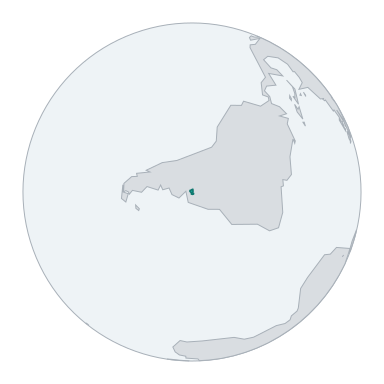 Paysandú on an orthographic globe, rotated 70°
{"feature_id": "URY-8", "entity_name": "Paysandú", "entity_type": "Department", "adm_level": 1, "iso_a3": "URY", "parent_name": "Uruguay", "parent_adm1": "", "projection": "orthographic", "projection_center": [-57.298, -32.042], "detail": "fine", "context": "on_globe", "style": "filled", "palette": "teal", "viewbox_px": 384, "rotation_deg": 70, "n_neighbors": 0, "source": "natural_earth", "source_scale": "10m", "svg_char_len": 3969}
<svg xmlns="http://www.w3.org/2000/svg" viewBox="0 0 384 384"><g transform="rotate(70 192 192)"><circle cx="192" cy="192" r="169" fill="#eef3f6" stroke="#a8b0b8"/><path d="M150.6,28.2L151.2,28.0L149.6,28.6L151.3,28.5L154.7,27.5L154.6,27.3L160.9,25.9L183.4,23.3L184.7,23.3L194.7,23.6L194.9,23.9L186.8,24.6L174.9,25.3L164.4,28.0L177.1,25.5L177.4,27.0L179.9,27.2L183.3,26.9L185.5,26.2L186.9,26.8L174.8,29.0L173.4,28.5L177.3,27.6L171.6,28.2L163.5,30.5L164.3,31.5L151.2,35.2L151.6,36.1L149.0,37.7L149.2,35.9L148.5,39.5L133.3,47.4L132.1,56.4L126.9,51.0L121.1,52.0L113.9,54.5L113.6,55.9L104.6,58.5L95.4,65.2L90.4,74.4L92.2,79.5L102.3,75.4L106.1,70.5L114.0,67.0L106.8,79.4L120.3,76.6L118.0,85.7L121.7,89.3L128.9,86.3L136.1,87.0L141.8,80.6L150.8,76.4L150.5,83.7L155.8,76.3L160.6,79.2L178.7,77.6L177.2,79.3L192.4,87.9L209.6,92.6L213.5,98.8L211.4,102.4L217.5,104.0L217.6,106.5L242.2,113.7L255.2,122.9L255.0,132.4L244.6,141.6L236.1,165.7L217.7,172.1L213.7,182.9L200.5,199.1L189.2,197.5L193.2,206.3L187.6,211.7L180.4,212.2L179.9,218.7L174.7,219.1L178.6,223.2L171.5,232.4L175.0,239.5L170.1,247.4L172.6,251.6L170.2,251.7L168.1,253.7L168.4,256.2L160.6,253.0L156.9,243.4L158.6,238.1L155.5,237.7L158.8,224.7L155.9,227.6L154.2,209.9L157.2,195.4L156.6,158.2L152.5,151.8L139.6,146.1L123.8,125.9L127.5,115.9L124.3,112.5L134.8,98.2L132.4,88.4L128.8,87.8L124.9,92.5L112.9,89.6L109.3,83.7L76.2,88.1L73.6,87.0L74.9,82.0L70.9,75.6L69.4,85.0L66.5,85.2L65.5,83.0L67.7,80.5L69.3,76.3L67.7,77.5L68.3,76.9L76.9,68.3L86.0,60.4L95.7,53.1L105.9,46.6L116.6,40.8L127.6,35.8L139.0,31.6L150.6,28.2ZM130.5,60.1L146.0,61.9L136.5,64.4L138.4,63.0L134.6,61.7L127.3,61.6L119.2,64.9L130.5,60.1ZM139.0,52.8L136.3,53.1L139.1,52.4L139.0,52.8ZM174.0,260.5L161.5,254.5L168.3,256.9L171.8,252.5L178.8,257.6L174.0,260.5ZM184.9,249.4L189.7,247.2L191.2,248.4L188.2,250.3L184.9,249.4ZM301.3,63.1L303.2,65.4L299.7,63.2L293.1,58.5L283.7,50.3L289.7,54.2L301.3,63.1ZM355.7,233.6L353.0,242.8L350.9,243.5L346.0,254.5L344.2,254.0L340.8,259.6L336.5,262.5L331.1,263.0L327.5,254.0L331.2,248.1L335.5,233.2L343.0,202.2L348.2,193.2L349.5,183.8L346.4,158.5L347.4,149.5L345.6,143.5L342.4,141.0L339.8,134.0L337.4,131.8L319.8,122.9L311.8,112.6L296.3,88.9L297.7,83.3L293.5,75.2L299.1,62.9L305.3,67.6L312.0,73.0L320.4,82.2L328.1,91.9L335.1,102.2L341.3,112.9L346.7,124.1L351.3,135.7L355.0,147.6L357.8,159.7L359.8,172.0L360.8,184.3L360.9,196.8L360.1,209.2L358.4,221.5L355.7,233.6ZM303.1,71.0L304.3,73.0L303.1,71.0ZM179.3,77.5L181.4,78.8L178.5,78.9L179.3,77.5ZM134.8,67.2L138.2,66.7L139.9,67.3L137.2,68.2L134.8,67.2ZM164.7,62.7L168.9,62.9L164.4,63.9L164.7,62.7ZM148.5,62.2L161.4,62.9L152.8,65.8L144.7,65.6L150.5,64.1L148.5,62.2ZM136.7,56.4L138.7,56.3L137.9,57.5L136.7,56.4ZM141.1,52.4L140.2,52.7L139.3,52.1L141.1,52.4ZM178.1,26.9L179.1,26.8L182.4,26.6L180.6,27.0L178.1,26.9ZM198.9,25.4L200.6,26.5L198.1,25.8L195.8,26.2L187.8,25.7L194.6,24.1L193.0,24.7L198.9,25.4ZM179.0,25.1L183.3,25.2L178.3,25.2L179.0,25.1ZM282.1,334.5L278.6,336.6L280.2,335.4L282.1,334.5ZM342.4,269.0L340.4,272.6L342.2,268.5L345.9,261.0L349.8,252.3L342.4,269.0Z" fill="#d9dde1" stroke="#a8b0b8" stroke-width="1"/><path d="M189.8,193.2L190.0,192.8L190.0,192.7L189.8,192.4L189.8,192.2L189.9,191.9L189.8,191.7L189.7,191.6L189.8,191.5L189.8,191.4L190.0,191.4L190.3,190.8L190.3,190.7L190.2,190.5L190.1,190.4L190.3,190.4L190.5,190.3L190.8,190.5L191.3,190.7L191.4,190.8L191.5,190.9L191.8,190.9L191.8,191.0L192.0,191.1L192.3,191.3L192.5,191.3L192.8,191.3L193.1,191.3L193.3,191.3L193.5,191.3L193.8,191.4L194.0,191.5L194.1,191.4L194.3,191.3L194.3,191.2L194.5,191.3L194.5,191.5L194.5,191.9L194.5,192.0L194.4,192.2L194.4,192.5L194.2,192.7L194.1,192.8L193.8,193.3L193.7,193.3L193.6,193.2L193.4,193.1L193.2,193.1L192.9,193.1L192.7,193.0L192.6,192.9L192.6,193.0L192.3,193.0L192.1,193.2L191.9,193.2L191.7,193.2L191.5,193.3L191.4,193.3L191.3,193.5L190.9,193.5L190.7,193.7L190.4,193.6L190.2,193.5L190.1,193.4L189.8,193.3L189.8,193.2Z" fill="#14b8a6" stroke="#0f766e" stroke-width="1.5"/></g></svg>